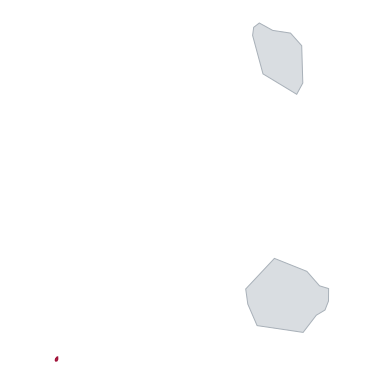 Redonda on a map of Antigua and Barbuda (Albers equal-area conic projection)
{"feature_id": "ATG-5092", "entity_name": "Redonda", "entity_type": "Dependency", "adm_level": 1, "iso_a3": "ATG", "parent_name": "Antigua and Barbuda", "parent_adm1": "", "projection": "albers", "projection_center": [-62.345, 16.936], "detail": "fine", "context": "in_parent", "style": "filled", "palette": "rose", "viewbox_px": 384, "rotation_deg": 0, "n_neighbors": 0, "source": "natural_earth", "source_scale": "10m", "svg_char_len": 559}
<svg xmlns="http://www.w3.org/2000/svg" viewBox="0 0 384 384"><path d="M316.3,315.2L303.1,332.4L257.1,325.6L247.8,304.1L245.7,289.0L274.4,258.4L306.9,271.4L319.5,285.8L328.6,288.6L328.5,301.0L325.0,310.0L316.3,315.2ZM302.8,83.0L296.7,94.3L263.0,73.9L252.6,35.4L253.7,27.3L259.3,23.0L272.7,30.4L290.5,33.1L301.7,45.7L302.8,83.0Z" fill="#d9dde1" stroke="#a8b0b8" stroke-width="1"/><path d="M56.5,357.9L56.9,357.3L57.5,357.1L57.6,358.2L57.5,359.6L56.9,360.7L55.9,361.0L55.4,360.2L55.8,358.6L56.5,357.9Z" fill="#f43f5e" stroke="#9f1239" stroke-width="1.5"/></svg>